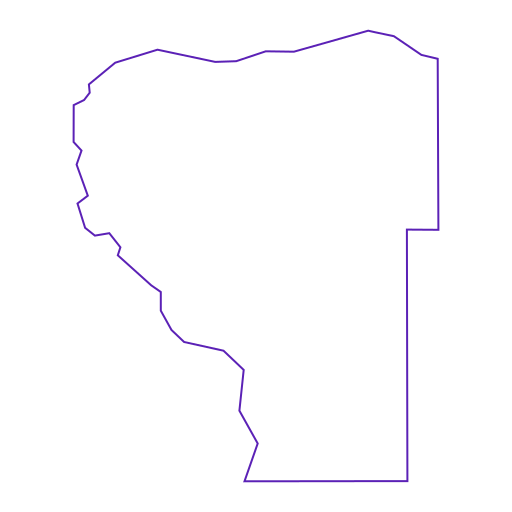 Hood River, Oregon, United States of America (Natural Earth projection)
{"feature_id": "52423323B12967168395878", "entity_name": "Hood River", "entity_type": "district", "adm_level": 2, "iso_a3": "USA", "parent_name": "United States of America", "parent_adm1": "Oregon", "projection": "natural_earth1", "projection_center": [-121.734, 45.492], "detail": "fine", "context": "isolated", "style": "outline", "palette": "violet", "viewbox_px": 512, "rotation_deg": 0, "n_neighbors": 0, "source": "geoboundaries", "source_scale": "gbopen_adm2", "svg_char_len": 581}
<svg xmlns="http://www.w3.org/2000/svg" viewBox="0 0 512 512"><path d="M437.7,58.8L421.4,54.9L393.9,36.2L376.3,32.5L375.3,32.3L368.2,30.7L293.9,51.7L265.8,51.3L236.2,61.2L215.2,61.9L157.5,49.7L115.2,62.7L88.9,84.4L89.7,92.7L84.1,100.0L73.7,105.1L73.6,142.0L81.5,150.6L76.6,164.6L87.8,195.7L77.5,203.5L85.1,227.8L94.9,235.6L109.3,233.2L120.4,247.3L117.8,255.3L151.2,285.3L160.8,292.0L160.8,310.7L171.5,330.0L184.1,342.0L223.5,350.7L243.7,369.9L239.4,410.7L257.7,443.5L244.5,481.3L407.4,481.1L406.9,229.6L438.4,229.8L437.7,58.8Z" fill="none" stroke="#5b21b6" stroke-width="2"/></svg>